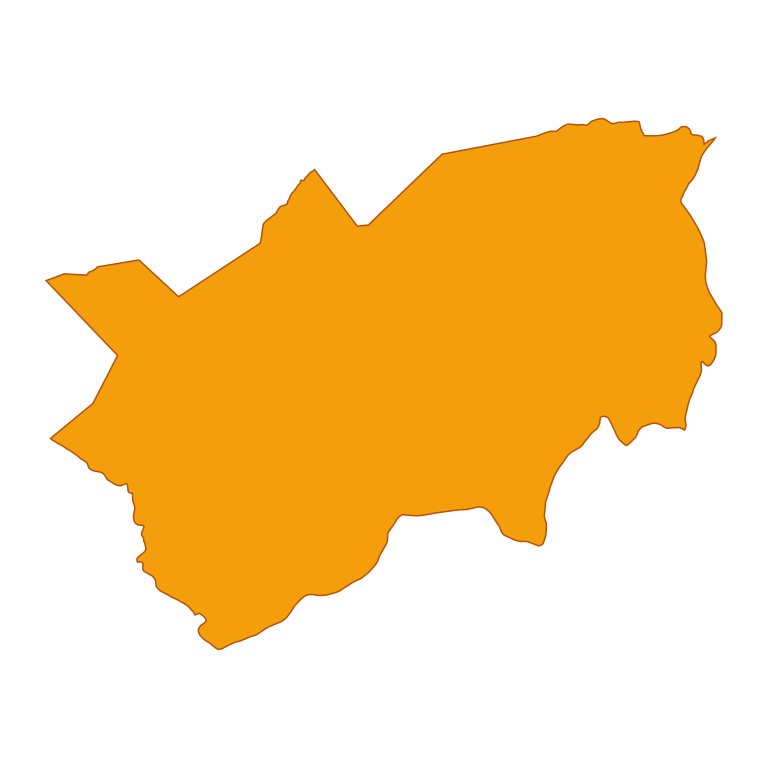 the district of San Antonio de Flores, El Paraíso, Honduras
{"feature_id": "27666195B39425544771184", "entity_name": "San Antonio de Flores", "entity_type": "district", "adm_level": 2, "iso_a3": "HND", "parent_name": "Honduras", "parent_adm1": "El Paraíso", "projection": "albers", "projection_center": [-86.823, 13.709], "detail": "fine", "context": "isolated", "style": "filled", "palette": "amber", "viewbox_px": 768, "rotation_deg": 0, "n_neighbors": 0, "source": "geoboundaries", "source_scale": "gbopen_adm2", "svg_char_len": 6105}
<svg xmlns="http://www.w3.org/2000/svg" viewBox="0 0 768 768"><path d="M684.4,430.1L684.9,429.5L685.4,428.3L685.9,425.8L685.8,423.6L685.4,421.1L685.2,419.5L685.4,415.9L687.0,409.7L688.3,403.8L689.9,398.7L692.3,393.6L693.3,389.4L700.0,375.6L700.8,373.2L701.2,371.6L701.4,369.7L701.1,364.8L701.1,363.0L701.3,362.2L701.6,361.7L702.3,361.8L703.3,362.5L705.3,364.5L707.0,365.6L708.0,365.9L709.0,365.7L710.3,364.9L712.1,362.7L713.9,359.7L715.2,356.8L715.7,355.0L715.9,352.6L716.0,346.5L715.9,344.2L715.2,342.5L714.2,340.9L710.1,337.1L709.6,336.3L709.8,335.9L711.8,334.7L717.1,332.1L719.4,329.6L720.8,327.5L721.4,326.0L721.7,324.7L721.9,313.5L721.8,312.7L721.2,311.6L716.1,304.1L714.4,301.0L709.4,292.7L707.7,288.4L706.2,284.0L705.7,281.0L705.3,275.1L706.7,261.4L704.5,244.7L704.0,242.3L703.5,240.6L699.9,232.2L697.0,226.5L694.4,222.3L690.9,216.2L685.8,209.0L682.1,204.2L681.1,202.3L680.8,200.9L680.9,199.6L681.2,198.5L682.7,196.1L683.2,194.3L683.8,192.8L684.7,191.0L686.2,188.9L688.9,183.3L691.0,181.2L693.1,178.6L694.5,176.4L696.0,173.4L698.1,168.6L699.4,163.1L701.2,157.3L701.6,156.1L705.0,150.7L707.5,147.5L712.3,142.0L715.1,138.0L708.2,141.0L707.5,141.7L706.0,143.0L704.1,144.2L703.8,140.4L703.6,139.3L703.1,138.2L701.7,136.4L698.0,135.3L696.9,135.1L694.2,135.1L692.9,134.8L692.0,134.4L691.3,133.9L690.9,133.4L690.8,132.2L690.5,131.3L689.2,128.8L687.5,127.4L685.8,126.7L683.9,126.5L681.6,126.8L680.5,127.5L678.7,129.4L675.6,131.2L669.4,133.3L663.5,134.9L660.3,135.4L655.2,135.8L645.9,135.8L644.8,135.6L644.0,135.1L641.9,131.5L640.8,128.7L639.4,122.7L639.1,122.1L638.5,121.7L636.7,121.3L634.4,121.2L622.4,122.4L618.9,122.2L614.4,123.5L612.2,123.7L611.4,123.4L610.4,122.9L606.7,120.3L604.5,119.1L602.7,118.6L600.6,118.6L598.9,118.9L596.6,119.5L591.8,121.2L590.5,122.0L588.4,124.2L586.6,125.3L585.4,125.2L583.4,124.7L581.2,124.6L577.9,124.9L571.0,124.2L568.9,124.1L567.3,124.3L565.6,124.9L563.9,125.8L559.8,128.6L557.3,130.7L556.6,131.1L553.8,131.3L552.2,131.3L551.1,131.2L550.3,131.3L544.2,133.2L540.7,134.5L537.7,135.8L536.0,136.3L442.1,154.2L368.3,225.0L357.3,226.2L314.6,169.6L313.2,170.8L310.9,172.1L309.8,173.0L305.7,177.8L304.9,178.6L304.5,179.3L304.3,180.2L304.0,180.6L303.4,180.7L302.6,180.4L301.6,180.3L301.0,180.4L300.6,180.7L300.4,181.2L300.4,182.5L299.7,183.7L298.3,185.1L295.4,189.2L293.7,191.3L291.9,193.2L291.2,194.3L290.1,196.5L288.9,199.5L287.7,201.4L287.5,203.1L287.0,204.0L285.5,204.9L281.0,206.3L280.1,206.8L278.4,209.0L276.7,212.1L275.1,214.1L266.6,220.4L264.1,222.9L263.1,224.9L261.3,237.7L260.1,243.3L178.6,296.8L138.9,260.0L97.3,266.9L96.8,267.9L94.8,269.5L91.8,271.2L89.5,271.8L88.5,272.6L86.8,275.1L64.1,273.9L46.1,280.6L117.6,355.5L93.0,403.3L50.5,438.5L52.4,440.1L55.2,441.7L57.8,443.4L62.1,445.6L66.6,448.7L70.4,450.8L77.5,455.8L80.6,458.6L86.3,462.1L86.7,462.6L87.5,464.0L88.8,467.7L89.5,468.5L90.5,469.3L91.9,470.1L93.3,470.7L100.0,472.1L101.7,472.6L102.9,473.3L104.2,474.6L107.5,479.7L114.9,484.3L115.9,484.8L117.5,485.3L120.3,485.8L121.6,485.4L125.3,483.9L126.3,483.8L126.9,484.0L127.4,485.3L127.8,487.9L128.0,490.6L128.4,491.7L128.9,492.3L129.6,492.7L130.7,493.2L132.1,493.4L132.3,493.7L132.5,494.1L132.6,495.5L132.7,498.6L133.0,501.6L133.4,503.0L134.4,505.6L135.0,507.8L133.5,515.4L133.6,518.2L134.2,521.1L135.4,523.1L137.3,524.7L143.1,525.5L143.6,525.8L143.9,526.4L143.8,527.3L143.5,528.3L141.9,531.9L141.6,533.1L141.6,534.2L141.9,535.6L143.0,537.0L143.4,537.9L143.6,539.0L143.7,540.8L144.7,543.3L145.4,545.8L145.8,547.9L145.8,549.5L145.1,551.0L143.0,553.2L138.8,556.4L137.6,557.5L137.1,558.5L136.9,559.3L137.0,560.6L137.2,561.6L137.6,562.0L138.5,562.2L140.1,561.7L141.1,561.8L141.6,562.0L142.5,562.8L143.0,564.0L142.8,569.2L143.1,570.2L143.6,570.9L144.6,571.6L152.3,576.0L153.7,577.5L154.9,579.1L155.7,581.0L156.3,586.6L157.8,588.5L159.8,590.4L162.0,591.8L168.2,595.0L172.1,597.3L177.9,600.0L187.0,605.3L188.4,606.6L193.7,612.4L194.8,614.9L199.3,613.3L203.7,616.3L205.6,618.8L206.1,620.9L205.5,621.9L203.6,623.6L201.8,624.7L200.6,625.7L198.6,628.5L198.2,630.4L198.8,632.9L199.8,635.0L201.3,636.7L203.6,639.0L205.2,640.3L210.1,643.3L212.8,645.8L215.6,647.9L217.8,649.3L219.4,649.4L220.7,649.1L223.0,648.2L227.8,645.6L235.3,642.1L239.7,641.1L245.1,639.0L250.9,636.5L256.4,634.8L267.7,627.3L281.0,621.7L284.1,619.7L286.5,617.6L290.7,612.1L295.0,605.4L301.5,598.5L305.1,595.9L308.7,594.6L311.2,594.5L314.2,594.7L317.8,595.4L321.4,595.5L326.2,595.0L329.3,594.3L337.4,592.0L340.5,590.3L352.4,582.6L356.1,580.6L359.3,579.3L361.7,578.0L365.5,574.8L368.1,572.9L369.7,571.2L371.6,569.0L373.5,567.0L377.3,562.1L377.8,561.0L379.5,555.9L384.9,546.4L386.8,542.8L387.3,541.2L387.5,539.7L387.7,534.2L388.0,533.2L388.4,532.1L394.4,523.5L397.5,518.3L400.2,515.9L402.2,514.7L403.9,514.7L409.0,515.3L413.5,515.6L418.1,515.7L420.6,515.5L425.7,514.8L437.8,512.7L451.4,510.8L459.1,509.8L464.2,509.7L466.9,509.4L472.5,508.3L476.2,507.3L477.7,507.0L479.9,507.0L482.2,507.3L484.2,507.9L485.9,508.9L488.3,510.9L490.4,513.0L492.7,516.1L496.3,522.1L499.1,526.0L500.9,530.4L502.4,533.3L503.4,534.5L504.6,535.4L509.4,537.5L514.2,539.8L518.3,541.1L520.7,541.5L524.2,541.4L527.4,541.6L538.4,545.8L540.0,545.6L541.6,544.9L542.8,543.9L543.6,542.4L545.5,536.6L546.0,533.3L546.4,526.6L546.3,523.9L546.0,522.4L544.9,519.0L544.3,515.2L545.4,505.8L545.3,504.2L545.5,502.5L545.9,500.9L549.3,491.0L549.8,488.1L554.3,475.9L556.9,471.3L559.5,467.1L562.4,463.2L566.9,456.6L568.3,454.8L570.0,453.3L571.4,452.2L579.1,447.8L581.6,445.9L582.5,445.0L584.2,442.3L587.0,439.0L591.1,433.7L593.8,431.3L595.8,429.8L596.8,428.9L598.2,426.7L599.4,424.3L599.7,423.3L599.9,420.6L600.3,418.6L600.8,417.3L601.7,416.5L602.8,416.3L604.3,416.3L607.5,417.3L608.3,417.9L609.0,419.1L613.1,427.2L616.9,435.7L618.0,437.7L619.2,439.4L620.2,440.6L623.9,443.9L625.4,445.1L626.0,445.4L626.6,445.4L627.3,445.1L629.1,443.8L635.4,437.6L637.2,434.3L637.6,433.4L637.7,432.3L638.2,431.5L639.4,429.6L641.4,427.6L642.5,426.8L644.3,426.0L651.4,423.6L653.1,423.2L654.5,423.2L656.4,423.4L658.7,424.0L660.7,424.7L663.7,426.8L666.7,428.2L669.0,428.2L672.4,427.8L679.5,427.6L682.5,428.9L684.4,430.1Z" fill="#f59e0b" stroke="#b45309" stroke-width="1.5"/></svg>